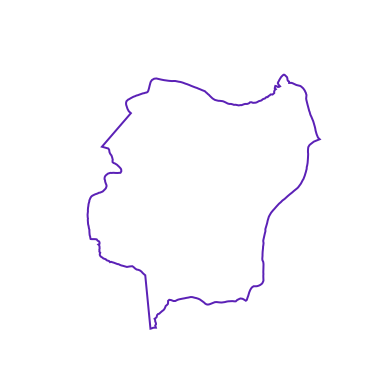 Curralinho, Pará, Brazil, rotated 291°
{"feature_id": "56859067B52870211786436", "entity_name": "Curralinho", "entity_type": "district", "adm_level": 2, "iso_a3": "BRA", "parent_name": "Brazil", "parent_adm1": "Pará", "projection": "robinson", "projection_center": [-49.994, -1.568], "detail": "fine", "context": "isolated", "style": "outline", "palette": "violet", "viewbox_px": 384, "rotation_deg": 291, "n_neighbors": 0, "source": "geoboundaries", "source_scale": "gbopen_adm2", "svg_char_len": 5456}
<svg xmlns="http://www.w3.org/2000/svg" viewBox="0 0 384 384"><g transform="rotate(291 192 192)"><path d="M150.3,284.6L152.2,283.6L153.0,282.8L153.7,282.1L155.0,281.5L157.7,280.7L159.0,280.2L161.4,279.4L165.1,278.4L166.6,277.9L167.7,277.7L170.0,277.1L171.1,276.4L172.3,275.9L179.1,274.9L181.7,274.6L183.6,273.8L189.9,273.3L192.3,272.9L196.5,272.6L198.1,272.8L200.0,273.1L201.1,273.3L204.4,274.4L205.3,274.8L208.6,276.0L212.2,277.4L214.2,278.5L216.5,279.5L217.7,280.3L218.8,281.0L220.2,281.7L222.6,282.9L223.5,283.4L224.8,284.1L227.3,285.6L229.6,286.8L232.0,288.2L233.4,289.0L234.6,289.5L237.5,290.3L238.6,290.6L239.9,290.8L242.7,291.1L244.1,291.4L247.7,291.4L250.2,291.2L251.7,291.1L253.2,290.9L254.5,290.8L256.4,290.2L258.1,290.0L260.6,289.5L264.6,288.3L268.3,287.1L269.6,286.6L270.7,286.0L272.9,285.2L275.0,284.6L275.9,284.5L278.0,284.9L279.1,285.5L282.7,287.7L287.0,292.3L287.5,291.1L288.0,290.1L290.3,287.9L291.3,287.1L293.6,285.4L294.6,284.8L295.6,284.2L296.9,283.3L300.1,280.9L301.4,279.9L305.2,276.3L306.5,274.9L308.8,273.2L309.9,272.2L310.9,271.5L313.8,269.4L314.6,268.8L318.9,265.8L320.1,265.1L323.6,264.1L324.4,263.4L325.3,262.8L326.1,261.9L327.1,260.9L328.6,258.7L329.6,256.1L329.8,255.0L329.3,251.1L329.6,246.9L329.5,245.6L328.6,243.6L329.9,243.0L330.2,241.7L331.0,240.9L331.9,240.5L333.2,239.6L333.9,238.0L334.4,236.9L334.5,235.8L333.6,235.0L331.3,234.0L328.1,233.4L326.7,233.3L325.7,233.1L324.4,233.1L323.2,234.4L322.2,236.3L321.2,235.4L320.8,234.2L321.1,232.9L320.9,231.8L319.7,231.9L318.5,232.1L318.0,233.4L317.0,232.7L315.3,232.7L313.8,233.3L311.9,232.3L311.2,230.4L310.0,229.9L309.0,229.0L307.7,228.6L307.2,227.4L305.5,226.6L304.6,225.5L303.8,224.7L302.5,224.1L301.8,223.3L300.9,222.0L298.8,220.2L298.1,219.2L297.1,217.0L297.1,215.4L296.5,214.0L295.4,213.5L294.5,212.6L293.9,211.8L293.3,210.1L292.6,209.1L290.9,207.2L290.5,206.1L289.6,204.6L289.1,201.5L288.4,199.9L288.4,198.8L288.2,196.8L287.6,195.4L287.4,193.6L287.6,192.0L287.8,189.7L287.8,188.2L287.0,185.0L286.6,183.9L286.3,181.5L286.2,180.2L286.7,177.7L287.3,176.2L288.1,174.3L288.8,172.9L289.1,171.8L289.6,170.7L290.1,169.2L290.7,167.9L290.7,164.9L290.8,162.8L290.8,161.0L290.9,159.3L290.8,157.7L290.8,153.4L290.9,151.3L290.9,148.5L290.8,147.2L290.8,144.5L290.7,142.8L290.5,141.3L290.2,140.1L290.0,138.8L289.6,136.5L288.9,134.7L288.4,133.6L287.6,130.9L287.3,129.7L286.8,127.5L286.4,125.8L285.9,122.9L285.5,120.1L285.2,118.0L284.2,116.1L282.2,114.5L280.3,114.0L279.2,114.0L276.3,114.3L273.3,114.7L270.7,114.9L269.3,114.6L268.5,113.8L267.9,112.8L267.2,112.0L266.4,110.7L263.9,107.8L263.0,106.8L262.1,105.5L261.1,104.6L260.3,103.6L259.3,102.6L258.3,101.8L257.4,101.0L256.2,100.1L255.4,99.3L253.3,98.3L252.0,98.4L251.0,98.7L249.8,99.3L246.5,102.0L244.7,104.1L243.7,106.7L202.0,91.7L202.6,98.3L201.6,99.6L200.5,100.2L199.5,100.8L198.7,101.6L197.9,102.6L197.3,103.7L195.5,105.2L193.6,106.5L192.6,106.6L191.4,107.2L191.0,108.4L191.0,109.9L190.5,112.4L190.0,113.5L189.5,114.8L188.5,116.8L187.8,117.7L186.7,118.3L185.8,118.6L184.3,118.3L183.0,115.5L182.2,113.2L181.9,112.1L180.9,109.9L180.6,108.9L179.8,107.9L179.1,107.0L178.1,106.4L176.9,105.7L175.8,105.3L174.8,105.2L173.6,105.4L172.6,105.8L171.8,106.6L170.6,107.2L169.0,108.5L168.1,109.4L167.0,110.1L166.0,110.2L164.5,110.2L163.4,109.8L162.3,109.3L161.4,108.9L160.4,108.4L158.5,106.4L157.8,105.2L156.9,104.5L156.1,103.6L155.3,102.6L154.4,101.7L152.7,100.2L151.6,99.6L150.1,99.3L147.4,99.2L146.4,99.5L145.3,99.6L144.1,99.7L143.0,99.9L142.0,100.2L140.0,100.6L137.7,101.3L136.6,101.8L133.5,102.6L132.1,103.2L130.8,103.8L129.9,104.4L128.6,104.7L125.2,106.3L124.3,106.8L123.4,107.5L121.0,108.9L120.0,109.7L119.0,110.1L118.0,110.5L115.9,111.5L114.8,112.1L114.0,112.8L112.6,113.6L111.8,114.2L112.1,115.4L112.5,116.4L113.4,118.9L113.6,120.0L112.8,121.2L112.5,123.1L111.3,124.0L110.3,124.2L109.4,123.4L109.0,124.4L108.1,125.1L107.0,125.6L106.1,126.0L105.1,126.1L104.1,126.6L103.1,126.9L102.4,128.1L101.3,128.1L100.3,128.4L99.2,129.6L98.8,130.8L98.7,131.8L98.2,133.0L98.3,135.6L97.7,136.7L97.8,139.3L97.1,140.6L97.8,141.5L97.9,143.2L98.0,144.4L98.0,148.3L98.3,149.3L98.1,151.0L98.1,152.4L98.3,153.7L98.7,158.1L100.1,160.4L101.3,162.8L101.1,164.0L100.1,166.6L99.8,168.1L100.1,169.8L100.1,171.4L99.6,173.3L98.8,174.8L98.1,176.5L97.5,178.2L59.3,197.3L49.5,202.2L50.2,203.2L51.2,204.2L51.9,205.5L52.4,206.9L53.3,206.2L54.2,205.5L55.5,205.8L56.5,205.4L58.2,203.9L59.4,203.4L60.2,202.5L61.4,203.3L62.5,203.8L63.4,203.7L64.4,203.5L65.9,204.0L66.7,205.1L67.7,205.5L70.3,206.9L71.5,207.7L73.1,208.2L74.6,208.3L76.2,208.3L77.6,209.1L78.8,209.6L79.8,209.4L81.8,208.7L83.2,209.4L83.6,211.2L83.6,213.8L84.2,215.4L86.2,217.2L87.2,218.5L88.3,220.2L89.0,221.3L90.2,223.3L91.2,224.8L92.0,226.2L92.6,227.1L93.4,228.3L94.0,230.0L94.3,232.9L94.5,234.0L94.6,236.1L94.5,237.8L93.6,241.3L93.1,243.0L92.5,244.4L92.3,245.8L92.6,247.2L93.4,248.5L94.1,249.3L95.2,250.5L96.6,252.0L97.4,252.9L98.1,254.5L98.5,256.1L99.0,258.0L99.5,259.4L101.0,262.1L102.3,263.9L103.1,265.4L104.3,268.1L104.8,269.4L105.0,270.4L105.6,272.0L106.5,272.5L107.6,273.0L108.4,273.9L109.2,274.5L110.0,275.5L110.4,277.4L110.3,278.5L110.0,280.1L109.8,281.2L110.8,281.8L111.9,281.8L113.0,281.7L115.1,281.7L118.8,281.4L121.7,281.5L123.3,281.8L124.5,282.2L126.1,283.3L127.1,285.9L127.6,286.8L128.7,288.1L129.8,289.1L131.4,290.1L132.5,290.4L134.7,290.5L136.0,290.0L137.6,289.3L139.6,288.5L140.9,288.1L142.7,287.3L144.4,286.7L146.4,286.0L150.3,284.6Z" fill="none" stroke="#5b21b6" stroke-width="2"/></g></svg>